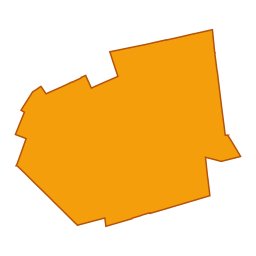 Movila Miresii, Braila, Romania (Mercator projection)
{"feature_id": "2599482B19893524753905", "entity_name": "Movila Miresii", "entity_type": "district", "adm_level": 2, "iso_a3": "ROU", "parent_name": "Romania", "parent_adm1": "Braila", "projection": "mercator", "projection_center": [27.616, 45.211], "detail": "fine", "context": "isolated", "style": "filled", "palette": "amber", "viewbox_px": 256, "rotation_deg": 0, "n_neighbors": 0, "source": "geoboundaries", "source_scale": "gbopen_adm2", "svg_char_len": 1388}
<svg xmlns="http://www.w3.org/2000/svg" viewBox="0 0 256 256"><path d="M214.2,48.0L214.2,47.6L212.4,29.7L191.1,34.4L181.3,36.7L171.5,38.9L166.6,40.0L166.5,39.8L161.0,41.0L146.4,44.3L144.4,44.8L143.1,45.0L131.7,47.3L116.6,50.4L109.8,51.8L110.6,54.2L112.9,61.3L117.9,76.4L95.7,86.1L91.4,88.1L86.2,76.7L85.7,75.4L81.2,77.4L81.1,78.0L71.8,82.3L71.4,82.3L70.9,82.3L70.3,82.7L70.1,82.9L61.0,87.2L59.3,87.9L46.0,93.8L43.5,90.1L41.0,86.4L40.9,86.4L40.7,86.5L36.2,89.6L32.6,91.9L28.2,98.9L21.0,110.2L24.4,112.2L15.4,134.5L26.1,138.6L20.8,153.7L17.3,163.3L16.7,164.8L16.1,165.7L16.7,165.8L17.3,166.0L24.4,172.8L28.4,176.8L33.6,182.0L46.3,194.4L49.9,197.9L50.8,198.8L53.6,201.7L59.3,207.3L63.1,211.0L67.6,215.5L71.5,219.4L77.5,225.3L79.8,224.6L89.2,222.1L95.3,220.5L104.8,218.0L105.9,226.3L132.0,218.7L132.1,218.3L133.2,217.9L141.5,215.4L141.9,215.1L149.8,212.8L150.0,213.4L157.0,211.4L209.9,195.7L207.8,178.2L207.7,178.2L205.5,157.3L213.4,159.3L221.2,161.4L240.6,156.5L240.4,156.1L239.1,153.9L235.2,147.4L232.2,142.4L230.7,139.9L229.8,138.5L227.8,135.4L228.1,135.2L227.6,135.1L226.1,135.2L225.3,135.2L225.2,135.0L224.0,125.4L222.3,112.5L221.9,109.2L221.5,106.4L221.5,106.0L218.3,80.0L217.3,71.5L217.0,70.7L216.0,62.6L215.1,55.8L214.9,54.3L214.9,53.9L215.0,53.4L215.1,52.9L215.0,52.6L214.9,52.3L214.7,51.9L214.6,51.5L214.4,49.8L214.2,48.0Z" fill="#f59e0b" stroke="#b45309" stroke-width="1.5"/></svg>